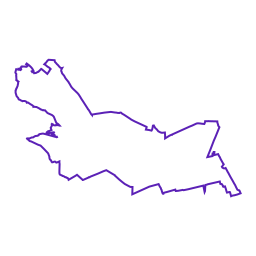 outline of Frecatei, Tulcea, Romania
{"feature_id": "2599482B40315374043911", "entity_name": "Frecatei", "entity_type": "district", "adm_level": 2, "iso_a3": "ROU", "parent_name": "Romania", "parent_adm1": "Tulcea", "projection": "robinson", "projection_center": [28.616, 45.13], "detail": "fine", "context": "isolated", "style": "outline", "palette": "violet", "viewbox_px": 256, "rotation_deg": 0, "n_neighbors": 0, "source": "geoboundaries", "source_scale": "gbopen_adm2", "svg_char_len": 5488}
<svg xmlns="http://www.w3.org/2000/svg" viewBox="0 0 256 256"><path d="M156.7,129.3L155.3,128.1L153.8,125.5L153.4,125.7L153.0,125.6L152.9,125.7L152.6,127.6L152.1,129.6L151.5,130.6L149.0,130.0L145.9,129.6L146.7,127.0L146.6,126.9L134.7,121.4L131.1,119.5L130.5,119.0L124.1,114.8L122.0,113.6L121.1,112.7L120.8,112.6L120.1,112.6L119.4,113.0L117.7,112.9L116.3,112.6L114.9,112.5L110.9,111.9L104.5,112.6L99.5,113.4L96.0,113.9L93.8,114.3L92.2,114.5L92.1,115.1L91.8,114.7L91.3,114.4L88.9,110.2L87.9,109.1L87.9,108.9L87.5,108.3L83.0,101.3L81.4,98.9L80.1,96.7L78.6,94.4L77.5,93.1L72.7,88.5L72.0,87.7L71.2,86.7L69.7,84.0L68.6,82.3L68.6,82.1L65.6,78.4L64.1,75.7L63.7,75.2L62.3,73.6L61.9,72.9L61.8,72.1L61.5,71.7L61.3,71.3L61.2,70.2L61.3,69.9L61.8,68.7L62.2,68.0L61.4,68.2L61.2,68.1L60.2,67.6L59.4,66.8L57.9,65.0L56.8,64.0L56.2,63.2L55.4,62.4L54.9,61.8L54.6,60.2L48.9,59.8L48.5,59.8L47.8,60.5L47.6,60.6L46.9,61.4L46.4,62.2L45.9,62.8L45.1,63.4L44.3,64.3L45.3,64.8L47.3,66.5L49.4,67.8L50.6,69.0L49.9,69.7L49.9,69.9L49.6,70.6L48.8,71.7L48.4,72.4L47.3,73.9L45.7,72.5L41.6,69.1L41.2,68.9L38.7,71.5L38.6,71.4L37.9,71.9L35.8,73.0L34.1,73.2L33.6,71.6L32.3,72.2L31.7,71.3L33.3,70.5L32.5,69.0L31.7,67.9L30.8,66.9L29.2,65.4L26.7,63.5L26.1,64.3L27.9,65.6L26.0,67.3L26.1,67.2L25.4,66.6L24.7,66.5L24.4,66.6L22.0,66.4L21.7,66.5L21.7,66.8L21.4,66.8L20.6,67.6L20.1,68.5L20.7,69.1L21.1,69.0L21.2,69.3L21.0,69.5L20.8,69.8L20.5,70.1L20.1,70.0L19.5,69.6L19.5,69.1L19.2,68.9L18.6,68.8L18.6,69.0L18.5,69.5L18.3,69.7L17.5,69.4L16.2,69.2L15.4,72.2L15.4,72.6L15.6,73.0L16.3,74.0L16.2,75.5L16.1,75.9L16.3,76.3L16.3,77.6L16.4,78.3L16.3,80.1L17.1,80.4L17.2,80.5L17.4,81.1L18.1,81.3L18.5,81.6L18.2,82.0L18.1,82.6L18.1,83.7L17.8,84.7L17.6,86.0L17.1,87.0L16.9,87.8L16.3,88.4L16.1,89.6L15.9,90.0L15.6,90.3L15.6,92.8L16.3,95.1L16.4,95.7L16.8,96.4L18.2,98.0L18.3,98.4L18.5,99.0L18.9,99.5L19.7,99.7L21.2,100.6L22.1,100.9L22.4,101.2L23.2,101.0L24.5,101.0L25.0,101.1L25.5,101.3L26.3,101.7L26.7,102.3L26.8,102.7L27.4,102.6L27.7,102.6L27.9,102.5L29.0,103.2L30.3,104.1L32.5,105.4L32.6,105.6L33.5,106.3L33.5,106.5L33.5,106.8L34.1,106.6L34.6,106.9L35.0,106.9L36.5,107.0L39.6,108.6L39.7,108.8L40.6,109.2L40.7,109.4L41.9,109.8L42.5,110.2L42.9,110.2L43.5,110.1L44.0,110.4L45.0,110.3L47.0,112.5L47.5,113.0L48.5,113.5L51.9,115.0L52.7,115.6L53.4,116.2L53.9,116.9L56.2,122.6L56.5,123.0L58.3,124.2L59.6,125.6L59.3,125.6L58.5,125.2L56.7,124.8L56.3,124.7L56.2,124.8L56.3,125.2L56.0,125.2L55.3,125.4L54.8,125.3L54.1,125.3L53.3,125.0L52.9,124.3L52.5,124.2L52.3,124.2L51.9,123.9L51.7,124.1L51.8,125.9L50.7,127.8L51.0,128.8L51.5,130.0L49.9,130.7L48.4,131.2L48.8,131.9L48.4,132.1L47.6,132.1L46.8,132.2L46.6,132.5L46.7,133.3L50.0,133.0L52.4,132.4L53.9,132.3L54.0,132.4L53.8,132.7L52.0,132.9L51.9,134.0L53.2,134.2L53.8,134.6L54.0,134.6L54.6,135.0L54.8,136.1L55.2,136.3L55.5,136.7L56.1,136.8L56.8,136.7L57.0,137.1L56.8,137.2L56.6,137.0L55.5,136.9L46.1,134.3L43.2,133.6L42.4,133.6L39.3,134.2L39.0,134.5L38.7,135.1L38.4,135.2L38.4,135.4L37.4,135.8L35.5,136.0L34.6,136.4L33.1,137.4L31.6,137.5L30.1,138.2L29.7,138.4L27.1,138.4L27.0,138.5L27.4,139.1L27.7,139.0L27.9,139.2L28.4,139.8L29.6,141.0L30.2,141.2L31.1,141.4L38.0,144.7L40.6,145.6L40.9,145.9L44.5,149.5L48.0,153.2L48.2,153.5L49.4,156.7L49.4,157.8L49.8,159.2L50.5,160.0L51.1,160.4L51.3,161.0L51.4,161.5L52.1,162.3L53.2,162.1L54.1,161.7L55.0,161.6L55.6,161.9L56.1,162.5L56.5,162.6L56.9,162.5L59.4,161.4L59.4,162.6L59.6,164.0L59.4,171.1L59.4,173.0L59.5,173.7L59.7,174.3L59.9,174.6L60.3,174.7L61.8,175.5L62.1,175.5L62.7,176.0L63.0,176.0L63.9,176.3L65.0,177.1L65.7,177.3L65.9,177.2L66.7,177.8L67.5,177.9L68.2,178.6L68.6,179.8L75.5,175.8L77.0,174.8L82.5,179.7L82.7,180.0L82.9,180.0L88.2,177.7L88.6,177.3L88.9,177.2L89.1,177.3L89.4,177.3L90.5,176.6L98.0,173.6L103.5,171.2L106.3,170.2L114.9,175.3L115.0,175.7L115.5,176.1L119.1,179.4L122.1,181.9L124.8,184.0L129.7,186.6L130.4,186.9L132.5,187.0L132.3,194.3L149.4,186.6L158.6,184.1L159.8,186.6L160.7,187.9L161.0,188.8L161.1,189.2L161.6,190.0L161.8,191.0L162.4,192.9L162.8,193.6L163.1,193.8L163.5,193.7L163.8,192.8L164.0,192.7L166.9,192.0L175.3,189.6L175.7,191.0L175.9,191.0L178.1,190.8L182.8,189.9L183.6,190.2L188.0,189.3L203.3,185.6L204.6,192.0L205.0,191.1L205.2,187.4L205.4,185.0L207.3,184.5L207.6,184.3L219.8,181.5L220.3,183.8L220.5,183.8L221.0,184.1L221.7,184.0L223.2,186.1L223.4,186.5L223.2,186.7L223.3,186.8L223.8,186.8L224.5,186.5L225.0,186.4L225.9,189.1L226.5,191.3L227.0,192.6L229.4,192.0L229.8,192.0L230.1,192.6L231.1,196.2L232.0,195.8L233.4,195.4L233.9,195.4L237.0,194.6L240.6,193.3L239.7,191.1L239.3,190.4L238.9,190.4L237.4,189.7L236.1,187.2L235.2,185.2L234.1,183.4L232.8,181.0L230.5,177.0L228.2,172.7L227.5,171.6L227.3,171.1L225.6,168.0L225.0,168.3L224.3,168.4L223.7,168.3L222.4,167.6L221.9,166.7L222.3,166.3L223.0,165.2L223.7,164.4L223.3,163.6L223.0,163.3L220.6,159.0L219.8,157.1L219.2,156.3L218.1,154.1L214.1,155.1L214.4,152.0L213.7,152.0L213.6,152.9L213.3,153.8L212.6,153.6L212.5,154.0L212.4,155.3L212.4,156.1L207.4,157.1L207.7,156.3L210.4,149.6L213.8,140.7L215.6,136.6L219.4,127.2L218.7,126.4L218.3,125.7L218.1,125.2L218.1,124.7L217.6,123.3L217.4,122.6L217.3,121.4L209.1,121.2L208.3,121.1L207.9,121.2L205.2,121.2L205.2,121.4L204.6,123.4L204.3,124.0L201.6,123.7L200.4,123.5L198.0,123.3L196.6,123.5L195.5,124.0L192.1,125.6L189.6,126.6L172.1,134.5L172.0,134.8L171.8,134.8L171.7,134.7L169.6,135.6L165.1,138.4L165.1,135.6L164.9,132.5L163.2,132.7L162.0,132.8L161.1,132.6L160.2,132.3L158.3,131.3L156.7,129.3Z" fill="none" stroke="#5b21b6" stroke-width="2"/></svg>